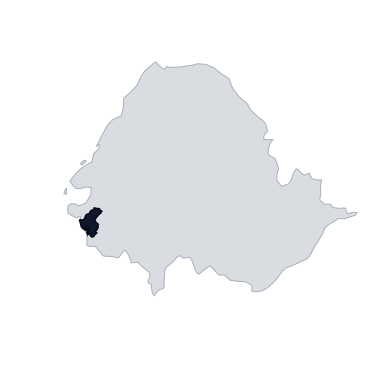 location of Tuek Chhou, Kâmpôt, Cambodia, rotated 51°
{"feature_id": "14789045B84051189014149", "entity_name": "Tuek Chhou", "entity_type": "district", "adm_level": 2, "iso_a3": "KHM", "parent_name": "Cambodia", "parent_adm1": "Kâmpôt", "projection": "robinson", "projection_center": [104.095, 10.787], "detail": "fine", "context": "in_parent", "style": "filled", "palette": "ink", "viewbox_px": 384, "rotation_deg": 51, "n_neighbors": 0, "source": "geoboundaries", "source_scale": "gbopen_adm2", "svg_char_len": 6845}
<svg xmlns="http://www.w3.org/2000/svg" viewBox="0 0 384 384"><g transform="rotate(51 192 192)"><path d="M311.9,76.9L312.7,79.8L310.7,85.4L308.6,90.5L304.7,94.9L304.5,98.2L303.2,107.9L303.7,111.0L304.6,113.6L305.9,115.0L309.4,124.6L312.5,133.2L315.6,140.3L316.2,144.8L313.4,156.2L310.1,166.7L310.4,171.9L311.9,177.1L313.4,184.1L314.0,193.0L313.2,198.8L311.7,202.4L308.9,206.1L306.4,208.0L303.4,204.8L301.0,204.7L297.9,205.6L295.4,207.1L290.3,212.5L284.7,217.8L276.9,219.1L273.8,223.0L270.6,223.6L264.4,223.8L260.4,224.7L260.5,226.7L260.2,236.0L260.3,238.1L259.7,238.7L256.9,239.0L252.2,237.6L245.7,235.3L241.2,234.9L238.8,239.0L237.5,240.6L235.7,240.8L233.9,241.5L233.3,243.3L233.2,245.6L234.1,249.4L234.4,255.6L234.2,259.8L235.8,262.4L245.7,271.4L248.6,273.6L248.9,274.9L247.2,279.8L248.7,286.6L245.7,286.4L240.5,283.5L238.1,281.7L235.1,283.2L234.1,282.9L232.1,279.5L229.4,276.1L226.7,275.9L221.0,277.2L215.2,278.2L213.0,278.2L212.1,278.8L208.7,283.9L207.3,283.0L201.4,281.1L196.0,280.3L194.9,281.6L195.6,285.8L196.8,289.8L196.1,291.6L193.1,293.7L189.2,297.5L186.8,300.5L185.2,301.3L179.3,301.1L173.3,301.5L171.0,304.4L168.8,306.5L166.9,307.1L159.1,300.2L143.8,297.7L142.1,294.7L140.7,294.1L139.2,298.1L130.8,301.9L127.3,299.6L124.7,296.8L125.1,293.3L127.5,290.5L131.7,288.5L133.7,281.5L130.5,272.4L127.7,269.8L124.7,267.7L121.6,271.1L119.0,276.8L116.3,279.8L112.5,280.4L106.8,280.2L104.7,271.6L104.0,264.2L104.7,255.8L105.6,250.9L100.2,244.0L99.9,237.5L97.3,234.1L96.5,235.8L96.6,237.7L95.8,236.3L87.3,217.1L85.9,208.2L87.4,201.4L88.2,199.1L85.8,195.5L82.3,191.4L76.2,186.0L75.8,177.5L74.5,167.5L72.6,164.1L69.8,158.0L68.3,152.8L67.8,139.3L68.6,138.3L72.9,137.9L78.5,136.9L79.4,134.7L78.4,132.9L82.0,129.9L87.1,123.1L91.0,116.1L93.9,111.7L95.6,107.3L101.3,101.1L109.2,96.8L114.6,95.8L120.1,94.4L125.5,92.3L128.0,92.1L134.7,94.6L138.2,95.2L142.0,95.2L145.9,95.5L149.3,95.2L157.5,93.5L166.1,94.8L173.8,93.7L183.3,91.7L188.0,93.0L192.3,95.0L192.9,99.1L193.9,101.0L195.3,102.5L197.2,102.5L199.6,99.6L201.7,96.6L202.3,96.1L202.4,97.6L203.4,100.8L205.3,103.9L207.1,106.0L210.2,108.8L212.2,108.9L218.7,106.3L228.5,110.1L229.6,112.0L232.8,115.9L236.2,118.7L243.8,118.9L246.5,112.0L245.2,107.9L240.8,100.6L239.7,96.3L241.0,95.5L248.4,94.7L249.6,93.9L251.2,89.1L253.2,89.7L257.3,90.3L261.6,87.0L264.2,83.7L265.6,85.2L267.1,87.6L268.8,89.0L271.9,91.0L275.3,93.9L277.4,96.7L279.1,97.8L283.5,97.0L284.7,97.1L287.2,93.7L289.0,91.8L290.5,92.4L292.7,92.3L297.3,88.0L299.9,84.0L301.3,82.9L305.4,84.9L307.0,84.5L309.4,79.0L311.9,76.9ZM101.8,260.3L101.0,260.8L100.2,260.8L99.4,260.0L99.4,256.9L100.0,255.0L101.4,254.7L101.8,260.3ZM114.6,290.7L112.9,292.7L110.1,288.5L110.2,287.3L114.6,290.7Z" fill="#d9dde1" stroke="#a8b0b8" stroke-width="1"/><path d="M150.0,274.1L149.9,274.1L149.5,274.4L149.3,274.5L149.2,274.7L148.9,274.9L148.7,274.9L148.1,275.0L147.8,275.1L147.7,275.0L147.6,274.6L147.4,274.5L147.2,274.6L146.8,274.5L146.6,274.5L146.4,274.7L145.8,275.5L145.5,275.9L145.1,276.1L144.9,276.3L144.7,276.4L144.2,276.9L143.8,277.1L143.7,277.3L143.6,277.5L143.4,277.6L143.0,277.8L142.8,277.9L142.8,278.1L143.0,278.3L142.9,278.4L142.9,278.5L143.1,278.5L143.3,278.5L143.5,278.6L143.6,278.8L143.6,279.4L143.7,279.6L143.5,279.9L143.6,280.4L143.6,280.8L143.6,281.0L143.4,281.0L143.2,281.1L143.1,281.4L143.1,281.7L142.9,282.2L142.9,282.3L143.1,282.4L143.3,282.6L143.5,282.8L143.5,283.0L143.3,283.1L143.2,283.1L143.1,283.5L143.3,283.9L143.7,284.2L143.8,284.3L143.9,284.6L144.2,285.1L144.0,285.4L144.0,285.5L143.9,285.7L143.7,286.0L143.6,286.4L143.6,286.7L143.7,286.8L143.7,287.0L143.7,287.4L143.5,287.6L143.1,287.9L143.1,288.0L143.2,288.5L143.2,289.0L143.7,290.1L143.8,290.3L144.0,290.7L144.2,291.0L144.6,291.1L145.0,291.8L145.0,292.1L145.0,292.6L145.2,293.0L145.1,293.6L145.1,293.9L144.9,294.3L144.8,294.6L144.7,294.9L144.7,295.1L144.5,295.4L144.6,295.6L144.5,295.8L144.4,295.8L144.2,295.8L144.2,296.0L143.9,296.2L144.0,296.1L143.9,295.9L143.7,296.0L143.8,296.1L143.7,296.1L143.7,295.9L143.4,296.0L143.5,296.0L143.3,296.3L143.2,296.3L143.0,296.6L143.1,296.8L143.2,297.0L143.3,297.1L143.5,297.3L143.7,297.6L143.9,297.7L144.1,297.7L144.3,297.7L144.6,297.7L144.8,297.7L145.0,297.7L145.0,297.8L145.4,297.9L145.5,298.0L145.7,297.9L145.7,298.0L145.8,298.1L146.0,298.3L146.3,298.4L146.3,298.5L146.6,298.6L146.8,298.6L147.1,298.7L147.3,298.7L147.3,298.8L147.4,299.0L147.5,299.1L147.9,299.1L148.0,299.2L148.2,299.3L148.3,299.4L148.5,299.4L148.6,299.5L148.9,299.5L149.0,299.7L149.1,299.8L149.2,299.7L149.4,299.8L149.5,299.8L149.7,299.7L149.8,299.8L150.0,299.8L150.3,299.8L150.5,299.8L150.5,299.7L150.8,299.7L150.9,299.8L151.1,299.9L151.3,299.8L151.6,299.9L151.8,299.8L152.1,299.5L152.3,299.3L152.6,299.2L152.6,299.3L152.8,299.3L152.8,299.2L153.0,299.1L153.4,298.9L153.6,299.0L153.8,299.2L154.0,299.2L154.5,298.8L154.7,298.6L154.8,298.3L154.9,298.1L154.6,298.0L154.5,297.9L154.3,297.8L154.0,297.7L153.8,297.6L153.6,297.4L153.7,297.1L153.3,296.9L152.9,296.5L152.7,296.1L152.4,295.3L152.4,295.2L152.6,295.2L153.3,294.9L153.8,294.8L154.0,294.9L154.3,294.8L154.5,294.8L154.7,295.1L154.6,295.7L154.7,295.9L154.8,296.1L154.9,295.9L155.3,295.5L155.6,295.5L155.8,295.5L155.8,296.0L156.0,296.3L156.0,296.5L155.8,296.8L155.6,297.4L155.9,297.5L156.2,298.0L156.3,298.1L156.5,298.2L156.6,298.5L156.8,298.6L157.0,298.7L157.3,298.7L157.5,298.8L158.0,298.7L158.4,298.6L158.4,298.8L158.6,298.9L158.8,299.3L159.0,299.4L159.1,299.5L159.3,299.7L159.2,299.2L159.3,299.2L159.5,299.0L159.6,298.9L159.6,298.4L159.8,297.5L160.0,297.7L160.4,298.1L160.6,298.3L160.8,298.3L161.0,298.3L161.5,298.4L161.8,298.5L162.0,298.4L162.2,298.5L162.3,298.4L162.6,298.4L162.8,298.3L162.9,298.2L163.1,298.2L163.8,298.2L163.8,297.9L163.9,297.7L164.0,297.6L164.3,297.5L164.4,297.4L164.5,297.2L164.6,296.9L164.6,296.6L164.6,296.2L164.6,295.9L164.6,295.7L164.4,295.5L164.4,295.3L164.3,295.1L164.3,294.9L164.1,294.7L164.0,294.4L164.0,294.2L163.9,293.8L163.9,293.6L163.9,293.3L163.8,293.1L163.8,292.8L163.8,292.6L164.0,292.5L164.1,292.4L163.9,292.1L163.9,291.8L163.3,292.0L163.1,292.0L162.9,292.0L162.4,291.7L162.1,291.5L161.9,291.4L161.5,290.8L161.4,290.6L161.4,290.4L161.6,290.0L161.5,289.4L161.4,289.2L161.2,288.7L161.0,288.4L160.7,288.1L160.7,287.9L160.3,287.2L160.1,286.8L159.8,286.7L159.3,286.6L159.0,286.5L158.7,286.6L158.4,286.6L158.4,285.2L157.9,285.1L157.7,285.3L157.7,285.5L152.7,285.6L152.1,283.6L152.0,283.3L151.8,283.1L151.7,283.0L151.6,282.6L151.4,282.3L151.4,282.1L151.5,281.8L151.4,281.6L151.4,281.4L151.4,280.9L151.2,280.6L151.1,279.8L151.1,279.7L150.9,279.5L151.0,279.2L150.8,278.6L151.0,278.2L151.0,277.9L150.9,277.8L150.8,277.5L150.8,277.2L151.0,275.9L150.8,275.8L150.5,275.7L150.2,275.3L150.2,275.1L150.0,274.8L150.0,274.5L149.9,274.3L150.0,274.1ZM157.4,298.9L157.1,298.8L157.2,299.0L157.3,299.1L157.3,298.9L157.4,299.0L157.5,299.0L157.4,298.9Z" fill="#0f172a" stroke="#020617" stroke-width="1.5"/></g></svg>